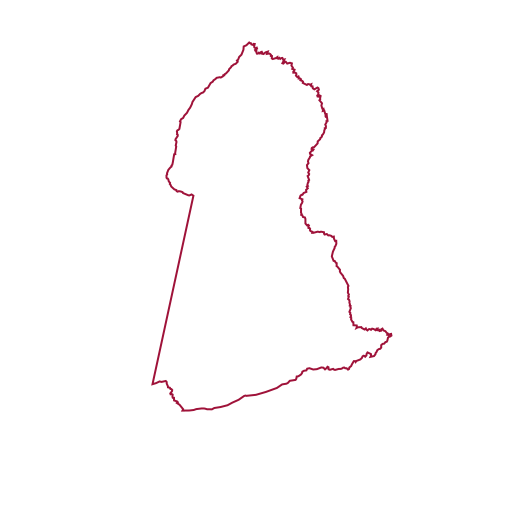 outline of Dom Eliseu, Pará, Brazil, rotated 44°
{"feature_id": "56859067B48921877214716", "entity_name": "Dom Eliseu", "entity_type": "district", "adm_level": 2, "iso_a3": "BRA", "parent_name": "Brazil", "parent_adm1": "Pará", "projection": "equal_earth", "projection_center": [-47.874, -4.201], "detail": "fine", "context": "isolated", "style": "outline", "palette": "rose", "viewbox_px": 512, "rotation_deg": 44, "n_neighbors": 0, "source": "geoboundaries", "source_scale": "gbopen_adm2", "svg_char_len": 6090}
<svg xmlns="http://www.w3.org/2000/svg" viewBox="0 0 512 512"><g transform="rotate(44 256 256)"><path d="M207.1,105.7L204.0,103.9L203.3,105.2L202.1,103.2L201.3,103.9L198.5,102.3L197.4,100.3L193.4,99.9L193.3,98.6L192.5,98.0L191.3,96.0L190.2,96.3L190.3,97.9L189.5,98.5L188.6,98.0L188.7,96.8L187.3,95.0L185.5,95.0L185.7,92.7L184.3,91.9L183.2,92.1L182.2,95.6L180.4,95.9L178.8,94.7L178.0,95.5L177.1,95.3L176.4,94.1L175.9,95.3L174.7,95.6L173.9,96.4L173.8,97.6L169.4,99.0L168.8,98.0L167.8,97.9L165.9,98.7L165.5,97.6L164.6,97.6L163.4,98.7L162.8,97.8L161.8,97.3L161.3,98.6L159.4,98.5L158.9,97.3L158.0,96.6L156.7,97.0L155.5,98.2L154.8,97.5L154.8,96.2L154.3,95.2L152.1,96.2L151.7,94.9L149.2,94.4L148.0,92.5L146.2,93.4L144.8,95.9L142.4,95.6L141.6,96.1L142.0,97.3L142.0,98.6L141.1,99.0L139.9,94.9L139.2,95.9L137.4,95.2L136.7,96.1L136.5,97.4L135.1,97.3L135.0,98.6L134.1,99.0L133.2,98.1L132.8,99.9L131.2,102.7L130.1,102.9L128.6,101.1L127.7,101.8L126.9,100.9L125.8,100.9L124.8,101.2L123.5,103.0L122.5,100.8L121.4,102.9L121.1,105.5L119.6,106.4L119.2,105.4L118.3,105.1L117.8,106.2L117.9,107.7L116.8,107.8L116.8,109.1L116.1,109.8L114.9,109.3L113.8,108.2L113.1,108.8L112.2,108.5L112.7,106.1L111.9,105.7L111.7,106.8L109.9,107.1L109.0,106.4L107.8,104.4L106.9,105.1L107.1,106.3L105.7,107.0L104.4,106.5L103.7,107.2L102.8,107.2L102.7,111.1L101.6,113.8L103.7,116.4L105.7,121.3L105.6,124.5L106.8,127.3L106.5,128.6L107.9,129.0L107.9,131.8L106.9,133.9L106.9,135.3L106.5,136.4L106.9,137.5L106.9,140.4L107.5,141.3L107.6,145.5L107.2,147.0L107.7,148.0L106.9,148.6L107.4,149.7L106.7,152.1L105.8,152.5L103.9,155.2L103.9,156.8L103.4,159.2L103.8,160.6L103.2,163.1L104.5,168.3L103.4,170.8L104.4,173.3L104.3,175.3L103.6,176.6L103.2,178.2L103.2,180.9L102.2,183.6L103.3,189.3L104.4,191.4L105.6,195.1L105.9,197.7L106.9,201.0L106.9,204.8L107.7,207.3L107.1,209.6L107.8,212.0L108.7,212.0L112.6,217.8L112.6,219.1L112.2,220.1L112.4,221.2L114.0,222.4L114.6,223.3L115.5,223.2L116.3,224.0L117.0,227.9L117.6,228.7L118.6,228.6L119.6,229.2L121.5,232.3L122.5,232.6L126.4,238.2L127.2,238.8L126.5,239.7L131.1,246.4L132.4,248.5L132.4,249.7L133.1,250.3L132.9,251.9L133.1,254.9L134.5,258.3L135.4,259.0L135.6,260.2L137.2,261.8L138.0,262.1L138.7,261.6L139.7,261.8L141.4,262.9L143.4,263.1L144.0,264.1L144.9,264.1L146.8,264.9L151.0,264.8L153.0,263.9L153.9,264.5L155.0,264.1L155.4,263.0L157.0,261.9L158.8,261.1L159.8,261.4L165.2,259.3L166.0,258.7L166.9,256.5L169.1,256.1L270.6,420.1L272.4,416.9L273.8,413.2L275.5,412.2L277.9,408.6L279.3,408.7L280.4,409.8L283.1,410.9L283.9,411.6L285.6,410.6L286.8,411.1L287.6,410.5L288.8,410.6L289.5,411.6L289.8,414.4L290.6,414.8L291.4,413.8L292.3,413.6L293.7,415.3L294.6,415.8L295.5,415.0L297.4,416.8L300.3,415.4L301.3,415.5L301.2,416.7L304.3,416.1L310.0,416.8L310.5,418.3L315.5,413.3L318.2,410.0L319.4,407.6L323.0,403.2L325.0,401.4L327.3,400.2L330.8,396.9L331.6,394.3L335.4,389.3L339.2,383.1L340.8,378.0L343.4,371.5L344.7,364.9L345.4,363.7L346.2,363.3L352.4,355.9L357.5,347.0L362.7,336.4L364.0,330.2L366.6,326.7L367.1,325.2L367.0,322.3L370.5,317.7L370.3,316.4L369.0,314.4L369.8,313.5L370.3,312.0L370.7,309.8L370.4,308.2L369.7,307.0L370.3,305.1L371.7,303.3L371.1,301.5L372.4,299.6L376.0,297.9L378.4,295.1L380.4,290.8L382.1,289.5L384.4,289.6L384.6,287.8L384.4,286.0L385.4,285.7L386.9,287.1L388.2,286.5L389.9,283.6L391.3,283.5L392.1,282.9L394.0,279.7L395.2,278.6L395.9,277.5L396.3,275.7L397.0,274.9L398.1,274.8L399.2,273.8L401.1,273.8L401.4,272.6L400.6,271.4L400.9,269.0L400.3,267.5L399.4,263.7L400.4,262.7L401.3,263.0L401.1,261.8L402.9,258.0L403.0,255.7L402.4,254.3L402.6,253.1L403.5,252.5L404.5,252.6L404.5,250.8L403.6,249.7L403.2,247.9L406.8,246.7L407.9,247.6L408.4,249.0L410.4,246.0L410.2,243.8L409.5,242.8L409.4,241.4L408.7,239.5L409.0,237.7L409.8,236.5L409.7,234.9L408.0,233.2L408.1,231.3L409.1,230.0L408.9,228.0L409.6,226.9L409.3,225.7L407.7,223.1L407.7,221.8L408.4,220.8L408.7,219.2L407.3,218.2L406.6,219.2L406.3,220.7L405.1,221.5L404.6,220.2L403.3,220.5L401.3,220.2L399.4,221.0L397.4,220.4L397.1,221.5L397.9,222.8L397.1,224.0L396.1,223.4L395.7,224.5L394.5,225.2L393.9,223.7L393.2,224.5L393.6,226.3L391.4,226.8L390.0,227.6L390.0,229.2L388.6,229.5L387.9,230.5L387.9,232.1L386.5,232.3L385.3,231.8L385.1,233.5L382.1,234.3L381.2,234.0L378.8,236.5L378.3,238.0L377.8,236.8L376.7,236.0L374.2,238.1L372.0,236.0L371.2,236.4L368.5,235.6L367.6,234.4L366.4,234.4L366.2,233.3L365.2,232.5L364.2,232.6L363.4,231.4L362.0,231.3L360.4,227.6L359.5,227.3L358.7,226.2L357.9,226.6L357.3,225.6L355.5,224.6L354.8,223.6L353.5,222.9L352.1,223.0L351.0,220.8L350.1,220.7L349.6,219.2L347.6,218.6L345.5,216.0L343.6,214.4L343.3,213.3L335.7,210.7L334.5,210.9L332.5,209.8L328.2,209.3L327.0,208.8L326.0,207.6L321.9,207.1L321.0,207.3L319.0,205.1L318.0,205.4L316.1,204.9L315.2,205.6L310.8,203.6L308.3,199.4L307.0,195.6L306.3,194.8L306.2,193.6L305.3,191.4L303.2,189.4L302.6,190.3L299.9,189.3L298.5,188.0L297.6,189.3L296.2,189.2L294.4,190.1L293.7,191.0L291.7,191.0L290.4,192.9L289.5,192.7L288.4,191.7L285.8,193.4L285.3,194.5L283.5,195.6L281.1,199.6L280.3,200.3L279.8,199.4L277.9,200.2L276.8,199.9L276.1,198.9L275.0,198.7L274.3,199.4L273.3,198.6L272.9,197.3L271.9,197.3L271.4,198.5L269.0,198.3L265.8,195.0L264.4,194.3L262.7,195.3L260.9,194.5L259.9,195.0L259.3,193.9L258.2,193.5L255.5,190.6L254.6,190.8L252.7,187.9L252.2,185.6L251.5,184.3L250.4,184.0L250.0,183.0L247.2,184.1L246.1,181.7L246.2,180.4L246.9,179.7L246.5,177.6L247.7,174.9L246.1,173.7L246.2,171.3L244.4,170.9L244.7,169.6L243.7,169.4L242.5,167.3L242.3,166.1L241.4,165.6L241.4,164.4L237.6,162.6L237.8,161.2L237.3,160.1L235.6,159.7L234.7,157.2L231.9,157.1L229.5,155.2L229.3,152.8L227.6,151.8L226.8,150.3L226.3,147.7L225.7,146.8L226.3,144.5L224.0,145.0L223.1,144.4L223.0,141.6L223.6,140.8L223.4,139.6L221.6,140.4L221.1,139.5L221.4,138.3L222.2,137.6L222.1,132.2L220.8,130.7L221.0,127.5L220.3,126.4L220.6,125.2L220.3,124.1L219.6,123.4L219.7,122.1L219.1,119.8L217.8,118.1L217.5,117.0L216.7,116.3L217.3,115.4L216.1,114.0L214.5,113.3L213.9,110.8L213.0,110.0L213.6,109.1L210.2,106.5L209.5,107.4L208.7,107.0L209.0,105.5L208.2,104.8L207.1,105.7Z" fill="none" stroke="#9f1239" stroke-width="2"/></g></svg>